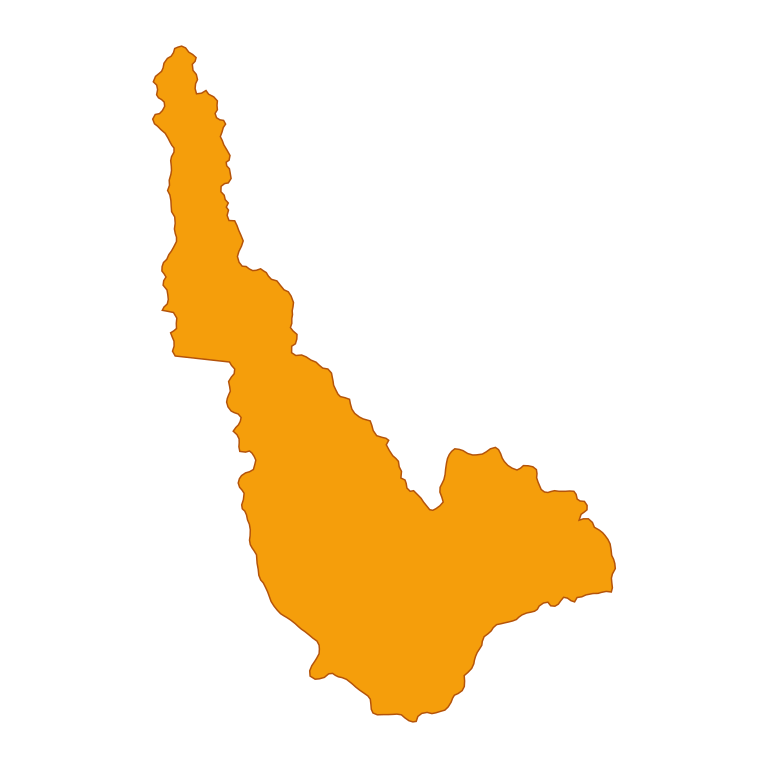 Pai Pedro, Minas Gerais, Brazil (Robinson projection)
{"feature_id": "56859067B12546886236538", "entity_name": "Pai Pedro", "entity_type": "district", "adm_level": 2, "iso_a3": "BRA", "parent_name": "Brazil", "parent_adm1": "Minas Gerais", "projection": "robinson", "projection_center": [-43.166, -15.349], "detail": "fine", "context": "isolated", "style": "filled", "palette": "amber", "viewbox_px": 768, "rotation_deg": 0, "n_neighbors": 0, "source": "geoboundaries", "source_scale": "gbopen_adm2", "svg_char_len": 5643}
<svg xmlns="http://www.w3.org/2000/svg" viewBox="0 0 768 768"><path d="M246.1,266.5L242.2,266.2L239.1,262.3L237.4,256.5L238.9,251.4L241.5,246.1L243.2,240.9L240.9,235.2L238.7,230.3L237.0,225.6L234.7,220.8L229.0,220.5L227.1,215.4L228.5,210.1L226.3,207.1L228.3,203.0L225.2,199.6L224.2,195.2L220.9,191.7L221.1,186.3L224.6,183.6L228.3,182.9L231.1,178.5L230.2,173.1L229.4,168.8L226.7,165.8L226.2,162.2L229.1,160.2L230.0,155.5L227.1,150.3L223.8,144.8L222.3,140.6L220.3,136.6L221.9,132.4L223.3,127.5L225.6,124.1L223.6,120.4L219.8,119.8L216.5,117.7L215.1,113.4L217.4,109.7L217.0,105.4L217.4,100.9L213.8,96.9L208.6,94.2L206.0,90.5L201.5,93.2L196.5,93.8L195.1,88.5L195.6,83.7L197.5,79.6L196.3,74.4L193.0,70.4L192.3,64.3L195.1,61.3L196.1,57.6L192.7,54.5L188.8,52.2L185.6,47.9L181.6,46.1L178.0,47.1L174.7,48.5L173.5,52.6L171.2,56.2L167.4,58.4L164.0,63.2L163.1,67.9L161.6,71.3L158.8,73.7L155.5,76.4L153.3,81.8L156.7,85.1L157.6,89.6L156.6,94.8L158.5,97.8L161.6,99.6L164.2,102.1L164.7,106.3L162.4,110.6L159.5,113.6L155.2,114.5L152.7,119.1L154.5,123.8L157.6,126.2L160.9,129.6L165.2,133.3L168.1,138.2L170.0,142.0L171.9,145.4L174.0,148.0L174.0,152.1L171.5,156.7L170.7,160.6L171.3,166.1L171.5,170.4L170.9,174.3L169.2,180.2L169.5,185.3L167.6,190.5L169.9,195.0L170.9,200.6L171.2,206.4L171.6,211.7L174.7,216.9L175.2,223.3L174.4,229.0L175.3,233.6L176.5,237.2L176.5,241.5L173.6,247.2L171.4,251.1L168.9,254.5L166.8,259.3L163.5,262.5L162.1,266.6L161.9,271.0L164.0,273.7L166.0,277.0L163.7,280.7L163.1,285.2L167.0,290.0L167.8,294.7L168.3,299.5L167.3,303.9L164.0,307.0L162.3,310.3L167.6,311.3L173.5,312.5L176.8,318.1L176.3,323.4L176.5,328.5L173.7,330.9L170.6,332.8L172.1,336.7L174.0,341.2L174.1,346.2L172.5,351.2L175.2,356.0L229.5,362.0L231.5,365.4L234.7,369.0L234.2,373.7L231.4,377.0L228.6,381.5L229.7,386.9L230.3,391.2L228.7,394.8L227.3,398.4L226.6,402.1L228.0,406.9L231.1,411.0L234.2,412.6L238.2,414.0L241.1,417.5L240.3,421.3L238.4,424.9L235.8,427.5L233.2,431.2L237.0,434.7L239.1,438.9L239.2,442.9L238.9,446.8L239.8,451.4L245.6,452.1L249.5,451.0L252.0,453.1L254.2,456.5L255.8,460.1L254.9,464.1L253.4,469.5L249.6,471.7L245.5,472.9L241.5,475.6L239.4,478.7L238.2,483.0L239.6,487.3L242.2,490.3L244.1,493.3L243.4,499.6L241.7,504.9L242.3,508.8L244.8,511.1L246.5,514.9L247.5,519.8L249.4,524.3L250.3,529.7L250.1,535.8L249.5,540.1L250.3,544.7L252.2,548.1L254.1,550.8L256.5,554.8L257.1,563.3L258.2,569.3L258.8,575.2L260.7,580.0L263.3,582.9L265.7,587.7L267.6,591.8L269.1,595.9L271.1,601.5L274.1,606.2L277.3,610.2L280.6,613.7L283.7,615.7L286.8,617.5L290.6,620.0L295.2,623.6L298.4,626.6L301.3,629.1L304.8,631.5L309.3,635.1L312.8,638.1L317.0,641.1L319.1,645.2L319.4,649.1L319.1,653.7L316.7,658.2L314.7,661.4L311.8,665.7L309.7,670.8L310.1,676.1L315.1,679.2L319.4,678.8L324.4,677.4L328.7,673.8L332.6,673.4L335.3,675.3L338.3,676.8L342.1,677.6L346.6,679.4L351.8,683.5L355.9,687.2L359.6,690.1L363.8,693.0L367.9,695.9L370.3,699.2L370.9,704.3L371.3,709.3L373.0,713.0L377.3,714.8L383.1,714.6L388.0,714.6L392.7,714.4L396.9,714.1L401.4,714.8L404.8,717.8L408.9,720.7L412.9,721.9L416.2,721.4L417.9,716.4L421.8,713.4L427.1,712.4L431.9,713.6L435.9,712.8L440.4,711.4L444.9,710.1L448.2,706.9L451.1,702.2L452.6,698.2L454.4,695.2L458.2,693.5L462.2,690.6L464.3,686.5L464.6,681.0L464.2,675.6L467.9,672.4L471.7,668.4L473.8,663.8L474.4,660.3L475.5,656.5L477.2,652.5L479.6,648.8L481.8,645.2L482.3,641.4L484.1,636.7L488.1,633.7L491.2,630.9L493.3,627.6L496.7,624.6L501.2,623.7L504.9,622.8L508.5,622.0L512.8,620.9L516.4,619.5L518.9,617.1L522.0,614.9L526.6,613.0L531.1,612.1L534.6,611.2L537.3,609.4L539.2,606.0L543.5,603.0L547.9,602.2L550.7,605.8L554.9,606.2L558.3,604.2L560.8,600.7L563.6,597.3L567.4,598.1L571.0,600.7L574.6,601.9L577.1,597.5L581.8,596.8L586.0,594.9L593.0,593.5L598.0,593.4L601.3,592.4L606.2,591.4L611.3,592.0L612.4,587.8L611.8,582.7L611.4,578.1L612.4,574.0L615.3,568.6L614.8,563.5L613.6,559.3L611.7,555.4L611.0,549.2L610.1,543.9L607.9,539.4L605.1,535.6L602.7,532.8L599.3,530.1L594.4,527.3L592.4,522.4L588.4,518.8L583.4,518.8L579.1,520.2L581.1,514.3L584.2,512.1L587.0,509.8L587.1,505.4L584.4,501.4L580.1,501.0L577.2,499.1L576.1,494.3L573.9,491.3L569.7,491.0L565.3,491.3L559.0,491.3L554.5,490.7L551.0,491.5L547.9,492.5L544.5,492.0L541.2,489.5L539.6,485.8L538.0,482.0L536.6,477.7L537.0,473.7L536.4,469.6L532.9,466.8L528.4,465.8L523.4,465.6L520.5,468.2L517.0,470.0L512.2,468.2L507.8,465.4L504.2,461.4L502.2,458.1L500.6,453.6L498.5,449.6L495.4,447.4L490.4,448.8L486.3,451.8L482.3,454.1L476.2,454.9L472.7,455.0L467.7,453.5L463.0,450.6L459.3,449.4L454.8,448.8L451.6,451.4L449.3,454.5L447.5,458.5L446.5,463.1L445.6,469.2L445.1,474.5L443.9,479.6L442.0,483.6L440.1,487.3L439.9,492.1L441.9,497.4L443.2,502.0L439.9,505.8L435.9,508.7L432.8,510.3L429.7,509.7L426.8,506.1L423.5,502.0L421.1,498.3L417.6,494.7L413.6,490.7L410.2,491.3L406.9,488.0L406.2,483.4L405.0,480.0L400.9,478.0L401.5,471.4L399.2,466.8L398.4,461.3L395.8,458.4L392.7,455.7L389.4,450.6L386.3,444.8L388.7,440.3L386.0,438.3L381.9,437.3L376.7,435.7L373.2,430.6L371.8,425.3L370.2,420.9L366.6,419.9L363.1,418.9L359.2,416.9L354.7,413.4L351.9,409.2L350.4,403.9L349.5,399.3L345.0,397.7L340.4,396.6L338.0,394.2L335.7,389.7L333.6,385.2L333.1,381.5L332.4,377.8L331.5,373.1L327.9,369.0L322.7,368.1L319.1,365.1L316.1,362.2L310.8,360.0L306.2,356.9L301.6,355.0L295.8,355.5L291.6,352.7L291.7,346.2L295.4,343.8L296.8,339.1L297.0,334.4L293.0,330.9L290.4,327.6L291.8,323.4L291.8,318.5L292.5,314.7L292.2,310.8L293.0,306.8L293.5,302.5L291.1,296.1L288.3,291.8L284.0,289.8L280.4,285.4L276.9,280.9L271.4,279.3L268.3,276.0L266.3,272.6L263.4,270.8L260.6,268.8L256.3,270.3L252.7,270.6L249.4,269.0L246.1,266.5Z" fill="#f59e0b" stroke="#b45309" stroke-width="1.5"/></svg>